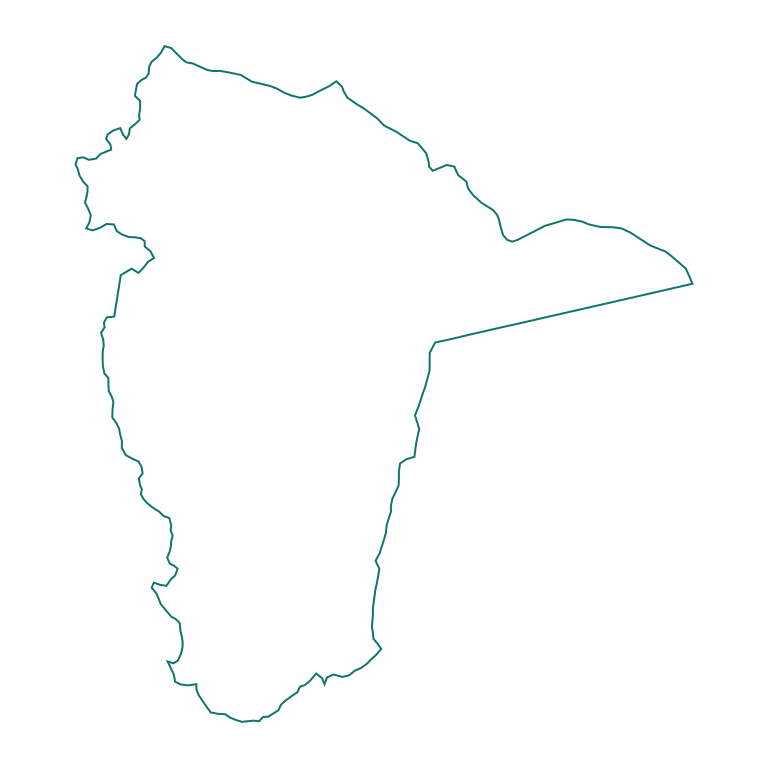 Canindé de São Francisco, Sergipe, Brazil
{"feature_id": "56859067B69154990802768", "entity_name": "Canindé de São Francisco", "entity_type": "district", "adm_level": 2, "iso_a3": "BRA", "parent_name": "Brazil", "parent_adm1": "Sergipe", "projection": "albers", "projection_center": [-37.94, -9.729], "detail": "fine", "context": "isolated", "style": "outline", "palette": "teal", "viewbox_px": 768, "rotation_deg": 0, "n_neighbors": 0, "source": "geoboundaries", "source_scale": "gbopen_adm2", "svg_char_len": 3493}
<svg xmlns="http://www.w3.org/2000/svg" viewBox="0 0 768 768"><path d="M164.6,46.1L161.1,52.5L156.7,57.7L151.6,61.8L149.1,66.7L148.6,73.7L146.0,77.6L141.3,80.1L137.1,84.0L136.0,89.5L134.9,95.9L140.1,100.8L140.1,109.2L139.1,114.9L139.6,119.8L134.9,124.3L129.8,128.4L129.0,134.3L126.4,138.9L122.9,134.5L120.2,128.1L113.2,130.5L107.8,134.3L106.1,139.0L110.4,144.4L111.2,149.7L105.5,151.9L100.5,154.1L96.0,158.6L88.9,159.8L83.3,157.3L77.6,158.1L75.5,164.3L77.7,169.0L79.6,175.7L83.3,181.9L87.5,186.2L87.5,191.4L86.7,196.3L84.9,202.5L88.2,208.8L90.8,215.2L89.4,222.4L86.2,228.4L92.4,230.4L99.9,227.9L106.5,224.0L113.8,224.4L116.8,231.1L121.7,234.3L129.0,237.1L135.5,237.3L140.9,238.3L144.6,241.1L144.8,246.5L150.4,251.2L154.1,258.1L148.2,261.6L143.1,268.1L138.4,272.9L131.6,268.7L120.8,275.1L114.2,316.6L107.0,317.3L103.9,322.5L104.6,327.4L101.0,332.8L103.2,339.5L103.7,345.9L102.7,351.8L102.6,358.5L102.9,366.1L104.4,373.5L108.4,378.0L108.4,384.4L108.8,391.1L111.7,396.6L113.4,401.6L112.5,410.2L112.3,417.5L116.4,423.2L119.1,428.6L120.1,434.3L122.0,441.3L121.8,448.0L125.9,455.2L131.7,458.4L138.7,461.6L141.6,466.9L142.6,473.3L138.9,478.5L140.0,485.2L141.9,489.3L140.9,494.4L143.8,499.4L147.5,503.4L152.7,507.6L159.0,511.5L163.6,516.1L169.3,518.0L171.3,525.6L170.6,530.4L172.7,535.6L171.3,540.7L170.8,546.4L169.7,551.6L167.2,557.7L169.8,563.7L174.0,565.7L177.6,568.7L175.2,575.4L171.0,579.2L166.4,585.8L159.8,584.8L153.9,582.6L151.7,587.6L156.6,593.8L158.8,599.2L160.8,604.1L166.1,610.6L171.5,616.9L175.5,618.9L179.7,623.0L180.5,631.3L182.0,637.4L182.7,642.5L182.5,647.2L181.1,653.4L177.9,660.6L173.5,663.3L167.7,661.5L170.3,667.1L173.8,674.5L175.2,681.8L180.8,684.5L188.0,685.4L196.3,684.2L196.5,689.6L198.5,694.8L203.1,701.8L207.0,707.3L210.7,712.4L217.8,713.8L225.1,714.2L230.5,717.8L236.7,720.2L242.0,721.9L247.6,721.2L253.6,720.7L259.1,721.2L263.1,717.0L268.2,716.7L273.0,713.7L278.2,710.5L281.1,704.6L285.3,700.8L291.9,695.9L297.3,692.3L300.0,686.7L304.7,685.1L309.8,681.0L316.2,673.5L322.0,678.2L324.5,684.2L327.0,677.5L333.5,674.5L342.3,676.9L349.2,675.3L355.0,670.5L361.1,668.0L367.3,663.4L370.9,659.6L376.1,654.9L381.2,649.0L377.1,643.1L373.4,638.7L372.9,633.0L371.9,626.5L372.9,615.4L372.9,607.7L373.9,601.4L375.3,590.1L376.9,582.9L378.1,576.4L379.3,568.7L375.6,560.8L379.5,553.5L383.6,540.7L385.9,532.9L386.6,525.3L391.0,511.3L390.8,506.6L392.3,498.9L395.8,491.5L398.6,485.5L398.9,478.8L398.9,471.3L400.1,463.4L406.5,459.2L414.4,456.8L415.6,447.3L416.5,441.6L419.2,428.9L417.2,422.4L415.0,415.4L418.7,406.0L421.7,396.8L425.4,386.1L429.6,370.4L429.7,352.8L435.2,342.5L448.4,339.7L469.3,334.7L500.3,327.6L512.6,324.9L563.7,313.2L657.8,291.7L692.5,283.7L685.9,268.7L677.6,261.4L670.2,255.1L665.1,251.3L660.7,249.7L650.7,245.7L630.6,232.7L621.8,228.5L613.7,227.3L600.5,227.0L588.5,224.3L582.6,221.7L573.5,219.8L566.4,219.5L545.0,225.8L537.8,229.5L517.2,240.1L512.1,241.6L507.2,239.9L503.0,235.0L500.3,225.5L498.9,219.3L497.2,215.0L493.1,210.1L481.2,202.6L472.9,194.9L468.1,188.5L466.3,181.5L458.2,175.2L454.3,166.6L446.7,165.0L432.8,170.8L429.1,166.6L428.7,162.0L426.1,153.1L417.8,143.3L409.8,140.7L396.2,131.7L384.3,125.7L376.9,118.1L363.7,108.4L356.6,104.1L347.4,97.7L343.8,91.6L341.9,86.5L336.3,81.3L328.9,86.3L320.4,90.5L312.3,94.8L306.1,96.7L300.0,97.7L291.0,95.4L284.4,92.8L276.7,88.5L270.2,86.0L258.9,83.3L252.2,81.8L240.6,74.9L229.7,72.6L219.9,70.9L212.6,71.1L207.2,69.9L192.5,63.4L186.6,62.4L182.4,59.4L171.2,48.1L164.6,46.1Z" fill="none" stroke="#0f766e" stroke-width="2"/></svg>